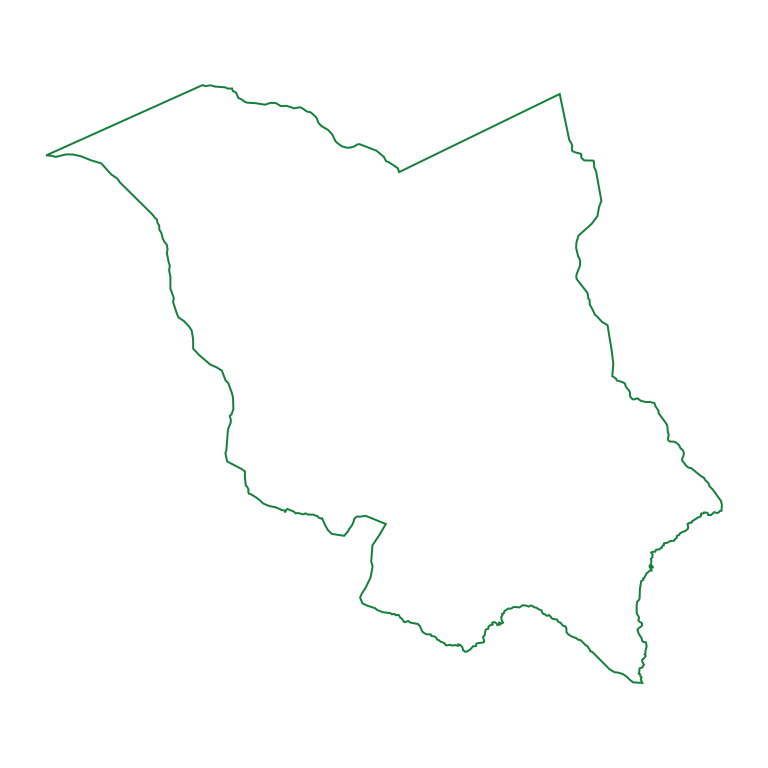 Tilcara, Jujuy, Argentina (Mercator projection)
{"feature_id": "61730980B79181726487815", "entity_name": "Tilcara", "entity_type": "district", "adm_level": 2, "iso_a3": "ARG", "parent_name": "Argentina", "parent_adm1": "Jujuy", "projection": "mercator", "projection_center": [-65.303, -23.584], "detail": "fine", "context": "isolated", "style": "outline", "palette": "green", "viewbox_px": 768, "rotation_deg": 0, "n_neighbors": 0, "source": "geoboundaries", "source_scale": "gbopen_adm2", "svg_char_len": 6107}
<svg xmlns="http://www.w3.org/2000/svg" viewBox="0 0 768 768"><path d="M442.1,642.1L444.9,643.6L445.3,644.7L446.2,645.4L450.2,644.8L451.8,645.5L455.8,645.1L458.0,645.9L458.5,645.5L458.5,644.4L460.2,645.0L462.3,647.0L463.2,650.3L465.2,651.8L466.8,651.6L470.4,649.4L473.0,646.3L475.9,646.1L476.4,643.7L476.8,643.4L482.9,642.5L484.1,641.8L484.2,640.9L483.0,637.1L484.6,635.4L485.5,630.2L486.1,629.4L488.4,628.6L488.4,626.8L490.0,625.4L492.7,624.5L492.2,622.8L493.9,622.1L495.0,622.3L496.8,623.7L497.4,625.2L498.4,624.7L499.6,624.7L499.1,622.6L499.7,622.6L501.2,623.7L502.7,623.0L503.0,622.5L501.5,620.0L501.5,618.3L501.1,617.3L502.5,615.1L502.0,614.0L504.0,613.0L504.3,611.4L505.6,610.2L508.6,608.5L510.9,608.7L513.8,606.9L519.6,607.4L522.5,605.3L525.9,605.5L528.7,606.6L529.6,605.9L531.3,605.6L532.9,606.2L533.7,607.1L536.9,607.9L538.2,609.1L541.4,610.3L542.2,612.5L543.3,613.9L545.0,614.3L546.2,615.5L547.4,615.8L548.9,615.1L550.7,616.6L551.5,618.1L552.5,618.8L557.0,619.6L558.1,621.7L560.7,622.9L562.8,625.6L565.5,626.5L566.3,628.0L566.5,632.1L568.3,634.4L572.3,636.8L576.2,638.1L577.9,639.6L580.7,640.2L585.7,645.3L587.2,645.9L589.9,649.9L590.3,651.3L591.3,651.4L592.8,652.4L609.6,669.3L614.5,672.2L618.1,672.6L623.0,674.1L627.2,677.1L629.1,679.2L633.2,682.4L642.3,682.9L640.8,679.5L641.6,677.5L640.3,676.1L640.2,674.4L638.7,673.6L639.3,671.9L639.5,668.4L642.5,667.3L642.8,666.2L644.0,664.9L642.2,661.4L642.1,660.1L642.8,658.9L644.1,658.3L645.7,655.9L645.3,654.6L644.7,654.4L645.4,653.4L645.5,650.8L646.5,647.2L646.5,645.1L645.9,642.3L643.6,642.0L642.2,640.8L641.6,638.3L638.9,634.0L637.8,631.2L637.6,629.5L638.3,628.5L641.5,626.2L642.1,625.3L642.1,623.7L641.5,622.8L639.3,621.6L638.4,620.5L639.0,617.8L638.6,616.5L636.8,613.7L636.6,605.5L637.2,601.8L639.0,599.8L639.6,598.4L639.9,589.2L641.2,581.1L643.3,579.9L643.2,578.3L644.1,578.0L646.7,573.3L650.1,570.5L651.6,570.5L651.4,569.6L650.4,568.0L652.8,567.4L652.2,566.0L651.3,565.4L649.7,566.6L649.6,565.9L650.9,564.2L651.2,562.8L651.4,561.2L650.9,559.0L652.4,557.2L652.3,556.2L652.7,554.7L651.2,552.5L652.3,551.9L655.2,551.6L656.2,549.6L659.5,549.4L660.7,548.0L661.9,547.7L661.9,546.9L663.1,545.3L663.8,545.3L664.1,543.2L667.4,542.7L670.4,541.0L674.2,540.7L675.3,538.7L676.6,538.0L677.2,535.7L679.1,534.9L680.1,533.2L683.6,531.5L685.1,531.2L687.7,529.0L688.2,527.9L687.6,523.9L688.3,523.8L689.3,522.8L691.6,522.7L691.9,521.5L695.4,519.1L696.9,518.4L697.5,517.6L699.8,517.0L701.0,515.8L701.0,514.0L701.6,513.4L703.5,513.4L704.0,512.5L706.6,512.6L707.4,512.9L708.3,515.0L710.4,515.1L711.2,514.9L714.3,512.1L717.1,513.1L718.7,512.4L720.0,510.9L721.5,510.8L721.9,504.4L721.3,502.8L721.3,501.4L712.9,489.7L709.3,486.0L708.8,483.9L707.9,482.5L705.4,480.3L703.9,477.8L700.8,476.0L691.3,468.2L688.4,467.6L686.3,465.9L682.3,460.7L682.0,459.8L682.6,457.3L683.3,456.4L683.8,453.9L683.5,451.6L682.5,449.9L680.7,448.5L678.8,444.8L675.4,442.2L673.5,441.6L670.3,441.6L668.6,440.7L668.0,439.2L668.7,434.2L667.9,432.5L667.3,426.0L666.5,424.0L658.5,413.0L658.5,410.8L655.4,406.2L655.1,404.5L654.3,403.1L649.5,401.9L646.7,402.1L643.7,401.6L640.7,400.7L637.3,398.3L634.1,399.4L632.6,399.2L631.2,398.0L630.1,396.1L629.9,392.4L629.3,391.0L625.9,386.9L624.9,383.5L622.5,382.1L616.8,380.4L616.0,378.6L612.3,376.1L613.3,363.9L611.7,350.6L607.5,325.1L602.2,322.1L597.4,316.8L595.1,314.9L591.6,307.7L589.8,304.7L589.6,300.1L588.1,298.1L588.2,296.9L587.4,292.8L576.8,279.2L576.3,277.4L576.5,274.6L580.1,265.4L580.1,260.8L579.1,257.7L578.2,256.6L576.1,247.9L576.4,242.5L578.5,235.6L591.7,223.8L597.5,216.0L599.0,207.1L601.4,200.9L596.0,170.9L594.3,167.5L593.9,161.4L593.2,160.6L584.2,160.4L581.4,157.8L581.1,156.4L581.5,155.2L580.8,153.8L575.5,152.4L573.1,151.5L572.1,150.6L571.8,147.8L572.3,146.3L571.3,143.2L569.3,140.1L559.7,94.0L399.1,172.1L397.8,168.2L388.7,162.1L386.0,161.2L384.0,157.0L376.5,150.7L359.6,144.2L357.4,144.4L354.3,146.4L350.9,147.5L346.8,147.7L341.8,146.3L337.1,142.8L335.5,141.2L332.2,134.4L328.3,130.1L321.7,126.2L319.2,123.8L318.2,122.4L317.0,118.6L315.2,116.3L310.8,112.4L306.3,111.3L304.6,109.8L301.2,107.6L298.9,107.4L293.8,108.4L290.5,106.9L288.6,106.6L286.8,105.8L280.8,106.1L276.5,103.4L274.8,103.0L270.3,102.9L265.0,104.7L255.7,103.2L246.9,102.6L245.0,101.9L242.0,99.7L238.2,97.8L236.3,93.1L234.6,91.7L232.8,91.1L232.1,88.5L228.0,88.6L224.9,87.3L215.2,86.6L210.7,85.3L205.4,86.1L202.5,85.1L46.1,155.4L50.8,155.7L55.9,156.9L65.8,154.4L72.9,154.5L80.8,156.2L91.0,160.3L101.3,163.4L111.3,174.5L117.2,178.5L120.0,182.5L151.7,213.8L153.6,215.9L154.7,217.7L157.0,219.5L157.4,222.7L159.2,225.5L159.4,229.8L161.2,232.6L162.9,238.9L164.5,241.9L166.8,244.8L167.6,249.5L166.8,252.7L168.7,262.4L169.8,265.5L169.1,270.5L170.4,276.6L170.4,288.8L173.3,296.4L173.8,298.8L173.0,301.8L176.8,313.5L178.5,317.4L184.2,321.3L189.5,327.0L191.7,330.6L193.1,339.1L193.2,348.7L199.2,355.1L210.5,364.7L216.9,367.5L221.9,370.7L225.5,380.3L228.3,383.1L231.9,393.1L233.0,397.4L233.4,409.1L231.6,414.1L229.8,415.9L230.9,420.2L230.6,423.0L228.5,428.0L227.8,431.2L226.4,450.1L225.4,453.3L227.2,461.5L241.4,468.9L244.9,471.4L244.9,476.7L245.7,485.3L247.1,486.7L248.5,489.6L248.2,491.5L248.9,493.6L250.6,494.1L255.1,496.8L259.8,500.2L263.2,503.5L269.1,506.0L275.4,507.2L280.2,509.2L281.6,510.2L284.6,510.4L284.9,510.7L285.0,512.5L286.1,510.2L287.2,509.0L287.6,509.0L294.0,511.7L295.6,513.4L297.8,513.0L303.4,514.4L305.5,513.4L308.1,514.6L313.4,514.6L314.8,515.5L317.1,515.9L318.7,517.6L321.0,518.6L322.1,518.3L325.5,525.9L328.0,530.2L331.8,533.9L344.2,535.8L348.2,531.1L349.3,528.8L351.8,525.6L353.4,522.2L354.2,518.9L356.8,516.5L359.7,516.7L365.6,515.8L385.8,524.0L379.9,534.2L372.4,545.4L371.2,561.7L372.5,565.5L372.5,567.1L370.5,577.7L365.7,587.6L361.9,593.5L360.1,597.5L362.4,603.4L367.4,605.7L375.0,608.2L377.1,609.9L382.6,612.2L390.4,613.1L391.7,614.3L394.7,614.0L395.7,615.2L397.9,614.9L399.0,615.3L400.1,617.4L402.3,619.2L404.2,622.1L405.4,622.1L408.1,621.0L410.5,622.6L417.9,624.0L420.0,626.2L422.2,631.5L424.5,633.3L426.6,634.3L430.6,634.3L431.3,635.9L434.6,636.5L436.5,638.0L437.0,639.5L438.2,639.8L440.8,641.8L442.1,642.1Z" fill="none" stroke="#15803d" stroke-width="2"/></svg>